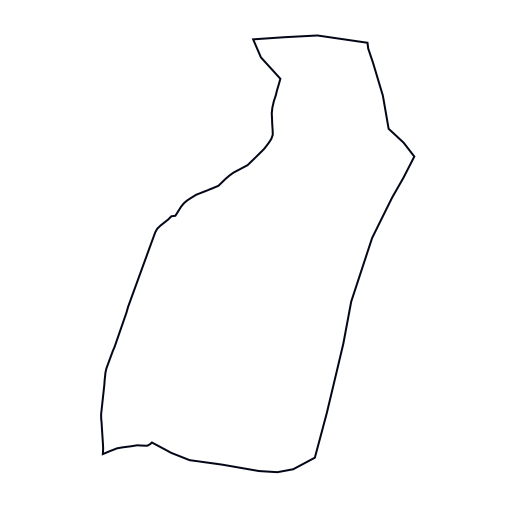 Grande Riviere/Norbert, Gros Islet, Saint Lucia, rotated 357°
{"feature_id": "8701671B47647917387752", "entity_name": "Grande Riviere/Norbert", "entity_type": "district", "adm_level": 2, "iso_a3": "LCA", "parent_name": "Saint Lucia", "parent_adm1": "Gros Islet", "projection": "albers", "projection_center": [-60.95, 14.044], "detail": "fine", "context": "isolated", "style": "outline", "palette": "ink", "viewbox_px": 512, "rotation_deg": 357, "n_neighbors": 0, "source": "geoboundaries", "source_scale": "gbopen_adm2", "svg_char_len": 1294}
<svg xmlns="http://www.w3.org/2000/svg" viewBox="0 0 512 512"><g transform="rotate(357 256 256)"><path d="M264.5,39.5L271.3,57.9L289.6,80.3L287.5,86.5L285.7,91.5L284.1,96.8L282.0,102.1L280.1,108.7L279.2,114.4L279.2,119.5L279.1,124.3L279.2,130.8L279.1,135.8L277.4,139.9L274.4,144.0L269.8,149.4L262.0,156.4L252.4,164.8L237.8,171.6L233.8,174.2L229.6,177.4L222.2,183.9L217.8,185.5L209.1,188.5L199.7,191.6L193.8,194.8L189.9,197.1L186.8,199.5L183.8,202.8L177.6,211.6L173.6,211.9L170.3,214.9L162.1,220.7L158.8,223.6L156.6,227.1L155.2,230.4L151.4,239.3L125.6,300.1L123.7,305.7L109.8,339.9L108.2,343.0L100.7,360.5L99.5,364.8L99.1,367.5L98.4,371.8L97.8,376.7L93.0,406.2L92.9,410.9L93.1,415.1L93.1,419.2L93.3,434.6L93.3,440.1L92.7,445.8L99.9,443.2L107.2,440.8L112.8,440.1L121.0,439.5L127.6,438.8L130.8,439.2L136.1,439.7L137.4,439.8L139.4,438.9L140.5,438.3L142.3,436.8L155.4,444.7L160.9,448.1L179.0,456.4L211.4,462.6L221.9,465.0L247.7,470.9L261.6,472.5L265.9,473.0L269.2,472.6L282.0,470.9L304.2,460.5L312.4,435.3L318.4,416.8L327.7,385.3L338.6,348.2L348.7,306.5L372.9,244.1L380.8,230.0L395.1,204.6L407.2,185.8L411.8,177.9L419.3,165.0L410.9,152.8L409.2,150.4L395.1,135.9L391.1,102.6L383.0,69.3L378.9,54.7L378.5,48.9L328.9,39.0L295.4,39.0L264.5,39.5Z" fill="none" stroke="#020617" stroke-width="2"/></g></svg>